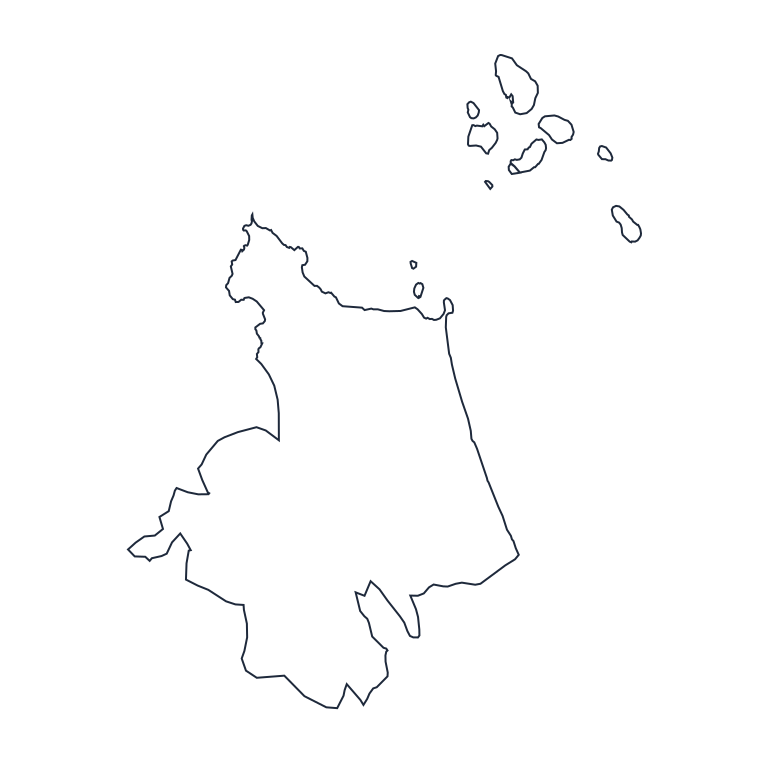 the district of Nias Barat, Sumatera Utara, Indonesia, rotated 176°
{"feature_id": "22746128B23007358779926", "entity_name": "Nias Barat", "entity_type": "district", "adm_level": 2, "iso_a3": "IDN", "parent_name": "Indonesia", "parent_adm1": "Sumatera Utara", "projection": "equal_earth", "projection_center": [97.451, 0.982], "detail": "fine", "context": "isolated", "style": "outline", "palette": "slate", "viewbox_px": 768, "rotation_deg": 176, "n_neighbors": 0, "source": "geoboundaries", "source_scale": "gbopen_adm2", "svg_char_len": 6161}
<svg xmlns="http://www.w3.org/2000/svg" viewBox="0 0 768 768"><g transform="rotate(176 384 384)"><path d="M426.9,65.3L422.7,71.1L420.1,76.2L416.0,81.1L412.4,82.0L400.9,92.1L400.4,95.8L401.8,106.9L401.5,113.1L400.4,116.9L399.1,117.9L400.2,119.9L402.9,120.9L413.4,132.9L415.7,146.7L417.1,151.0L419.8,153.7L423.6,159.2L426.8,178.1L418.2,174.1L411.1,188.2L402.8,179.5L395.6,167.7L384.3,151.1L380.4,144.5L377.9,135.9L375.7,130.9L372.5,129.2L367.8,128.8L366.2,130.7L365.9,136.7L366.3,149.2L367.8,157.1L372.5,171.1L365.0,170.4L358.9,172.3L353.3,178.0L348.5,180.5L339.0,178.0L334.6,177.5L326.4,179.7L320.2,180.4L307.0,177.4L301.7,178.0L275.7,194.6L265.5,200.0L261.5,204.2L264.0,211.0L265.8,218.3L267.2,220.1L268.0,223.7L271.5,230.1L274.9,244.1L278.5,253.5L286.5,278.5L287.5,280.3L287.9,283.0L295.7,312.9L298.0,319.5L299.6,321.0L300.6,323.2L300.7,331.2L302.6,343.5L307.3,360.8L312.6,384.6L314.9,398.7L315.5,405.5L316.9,409.6L318.4,436.2L317.3,446.6L316.7,448.2L314.7,450.0L310.8,450.3L310.0,452.3L310.0,457.9L312.3,463.1L314.5,464.9L315.8,465.3L317.8,463.8L318.4,463.1L318.6,461.2L318.0,453.3L319.7,449.7L323.6,445.6L327.5,444.4L329.7,444.4L331.6,445.6L333.8,445.6L336.0,447.0L337.4,446.3L339.4,447.4L341.3,451.1L345.3,456.2L347.9,458.3L362.4,455.7L373.7,456.2L378.8,456.8L384.9,458.9L389.3,459.2L391.4,460.1L398.2,459.1L400.6,461.7L419.9,464.5L423.4,467.5L425.9,473.8L427.4,474.7L430.4,478.8L431.1,478.5L433.0,479.4L436.1,478.5L439.6,480.5L440.5,482.8L441.9,484.7L444.0,486.6L446.5,486.7L456.0,496.8L457.4,501.0L457.8,506.2L457.2,508.2L454.4,508.5L451.9,511.8L451.6,515.1L452.8,521.4L454.7,522.4L456.0,525.0L458.6,525.1L459.5,526.7L460.3,526.8L464.1,523.8L467.4,527.0L468.4,527.3L469.1,526.4L471.4,527.5L472.5,529.4L474.2,529.8L475.8,531.5L480.8,539.2L484.6,542.5L485.9,545.5L487.0,545.1L491.0,547.8L494.5,547.9L498.9,550.5L502.1,555.3L503.4,559.0L503.5,562.3L504.1,561.4L504.7,556.8L504.3,555.8L505.0,553.4L506.0,552.1L508.2,551.3L510.4,552.0L512.2,551.5L513.8,548.9L513.8,547.7L513.2,546.9L511.2,546.9L510.3,546.0L508.2,541.0L508.4,537.1L510.2,532.4L510.9,531.6L512.4,532.1L513.8,531.7L514.2,531.3L513.8,529.5L514.3,527.9L516.1,526.4L516.4,527.7L517.4,528.0L523.5,518.0L526.4,517.7L527.4,516.9L527.1,513.8L528.6,512.0L527.4,504.4L528.3,502.6L530.7,500.6L532.5,495.5L534.5,493.6L534.9,491.4L532.1,487.7L531.7,483.2L528.9,479.2L526.8,478.5L526.2,476.1L523.4,476.0L520.6,478.0L518.1,477.8L517.4,479.3L516.7,479.6L512.8,479.9L509.1,478.2L505.2,475.2L498.5,466.0L499.9,463.6L499.9,462.5L498.1,456.8L498.5,455.1L500.6,452.9L503.4,452.7L508.4,449.4L508.5,447.6L507.6,446.3L507.3,443.1L505.3,440.1L505.1,438.9L504.2,438.4L504.2,437.2L503.4,435.9L503.4,433.3L502.6,433.1L504.8,429.2L506.0,428.6L506.9,427.5L507.0,424.6L508.7,422.8L508.6,419.5L509.8,417.9L505.0,412.5L498.2,401.6L493.6,390.0L491.2,375.8L491.0,362.2L492.8,335.2L505.2,345.9L514.2,349.8L533.1,346.2L546.8,342.0L553.8,338.8L566.2,326.0L571.5,316.5L575.4,312.6L572.0,300.9L567.3,288.1L566.0,287.2L566.8,286.3L577.0,286.9L587.3,289.7L598.2,294.7L600.1,292.1L601.7,287.5L604.6,281.8L607.6,272.2L617.3,267.0L614.6,254.8L623.2,248.8L633.7,248.6L642.8,243.1L650.9,236.8L644.7,229.4L634.2,228.3L630.1,223.9L627.7,226.4L617.9,227.9L612.6,229.9L606.5,240.8L597.7,249.1L591.5,238.5L588.4,231.7L590.4,231.4L593.5,218.9L595.2,202.7L583.9,195.9L573.6,190.9L556.7,178.2L547.6,174.5L539.5,173.4L539.5,168.5L537.5,154.5L538.2,140.8L541.9,127.4L545.1,120.1L541.7,107.7L531.4,99.8L503.8,100.0L485.1,78.1L464.1,65.5L453.3,63.9L446.1,75.9L444.6,81.4L442.1,87.2L429.6,70.5L426.9,65.3ZM229.4,643.6L222.8,644.3L217.5,648.1L215.0,651.8L213.1,658.6L210.2,663.7L209.9,670.8L212.1,675.4L216.1,678.1L218.4,683.8L220.4,686.0L229.2,692.7L233.6,699.9L243.6,703.9L245.1,704.1L247.3,703.2L250.7,695.9L250.4,688.2L251.0,684.4L250.5,683.6L248.3,682.4L245.0,667.9L243.6,664.8L242.3,664.0L242.0,661.2L241.1,660.7L240.7,661.7L239.0,661.0L236.9,664.1L235.6,662.2L235.5,655.8L236.1,655.4L237.8,657.1L237.0,653.7L237.3,652.0L236.2,650.8L234.1,645.6L229.4,643.6ZM199.4,616.2L194.7,612.1L189.1,612.1L182.5,614.7L181.1,614.4L179.7,615.5L179.7,617.3L178.0,619.6L177.2,622.2L178.9,629.6L182.2,633.7L185.5,634.9L191.6,638.7L195.3,640.0L204.8,639.8L207.5,638.3L211.6,632.6L211.4,629.2L209.9,628.4L202.0,620.8L199.4,616.2ZM233.7,585.5L223.6,586.7L219.2,589.8L218.1,589.7L215.0,592.8L214.3,592.8L211.2,596.5L207.8,604.3L206.5,605.9L205.9,607.9L206.0,611.3L207.2,613.9L209.5,617.0L212.9,616.7L214.9,617.3L220.1,613.4L221.9,610.2L223.1,609.8L224.4,608.1L227.2,608.1L229.5,604.2L231.1,600.2L233.0,598.6L235.9,598.3L237.8,599.0L239.5,598.2L241.3,598.5L242.1,597.4L242.2,595.7L238.5,592.0L233.7,585.5ZM275.5,615.5L270.7,614.0L266.0,607.0L264.1,606.5L262.7,610.0L259.9,612.1L255.8,616.7L254.1,619.6L253.6,621.1L253.6,626.7L255.8,630.4L259.1,633.4L260.5,636.3L261.6,637.1L266.0,634.2L266.9,635.7L268.0,634.2L273.3,635.3L274.9,634.9L276.6,636.0L277.9,636.0L282.6,624.9L283.5,617.3L282.9,615.9L281.8,615.5L275.5,615.5ZM129.0,508.9L127.4,508.1L126.9,508.9L123.6,508.5L121.0,509.6L118.8,512.2L117.5,514.2L117.1,516.3L117.5,520.4L118.3,522.7L119.4,525.0L120.2,525.0L124.1,528.6L125.2,530.9L128.0,533.8L128.0,535.0L129.4,536.1L132.9,541.0L136.8,544.7L140.1,545.5L143.2,544.3L144.6,542.0L144.0,536.1L140.7,529.8L138.2,528.6L136.8,526.5L136.0,523.0L136.0,518.6L135.5,516.0L129.0,508.9ZM147.4,592.8L144.6,591.3L141.8,591.0L141.0,591.6L140.4,593.9L141.8,598.3L145.9,604.4L150.1,606.2L151.8,605.9L152.9,604.4L153.5,601.0L154.5,598.7L154.2,597.7L150.9,593.1L147.4,592.8ZM276.0,642.7L273.8,643.5L271.8,645.3L270.5,648.3L270.1,650.6L275.1,658.0L277.7,659.6L279.4,659.1L281.3,657.3L281.3,653.5L280.7,651.7L281.5,649.1L279.6,644.2L278.3,643.1L276.0,642.7ZM347.1,470.8L344.0,467.5L343.5,467.5L342.9,469.3L342.1,469.0L342.4,467.9L341.6,468.3L338.0,477.2L338.8,480.9L340.5,482.1L341.3,481.7L342.7,482.4L345.1,480.9L347.1,477.2L347.7,473.9L347.1,470.8ZM242.3,595.0L244.5,592.0L244.5,588.7L241.9,584.6L233.7,585.3L238.7,592.0L242.3,595.0ZM347.4,504.8L349.0,504.0L349.0,502.6L347.9,497.7L346.6,497.0L343.8,498.8L343.3,502.6L347.4,504.8ZM269.1,578.6L264.4,571.2L262.1,573.4L262.1,574.9L264.9,578.2L266.0,579.0L268.3,579.4L269.1,578.6Z" fill="none" stroke="#1e293b" stroke-width="2"/></g></svg>